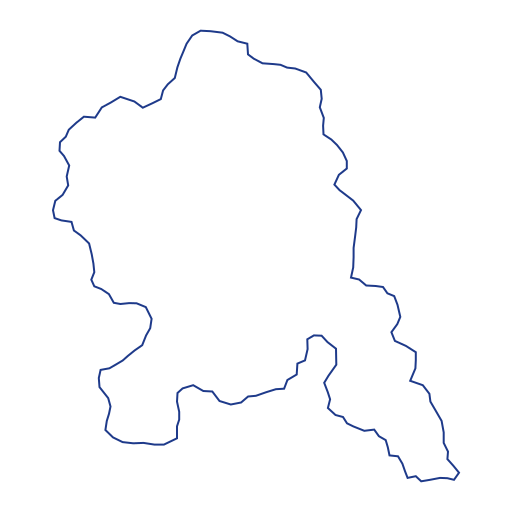 the district of Venda Nova do Imigrante, Espírito Santo, Brazil
{"feature_id": "56859067B87905446855481", "entity_name": "Venda Nova do Imigrante", "entity_type": "district", "adm_level": 2, "iso_a3": "BRA", "parent_name": "Brazil", "parent_adm1": "Espírito Santo", "projection": "albers", "projection_center": [-41.134, -20.372], "detail": "fine", "context": "isolated", "style": "outline", "palette": "blue", "viewbox_px": 512, "rotation_deg": 0, "n_neighbors": 0, "source": "geoboundaries", "source_scale": "gbopen_adm2", "svg_char_len": 2364}
<svg xmlns="http://www.w3.org/2000/svg" viewBox="0 0 512 512"><path d="M192.2,35.5L186.6,43.7L183.3,51.7L180.4,58.6L177.4,67.3L174.8,78.0L167.8,84.3L163.1,90.4L160.8,99.1L152.7,103.1L142.8,107.7L134.4,101.5L120.3,96.8L110.7,102.6L101.8,107.4L95.2,117.6L83.9,116.7L76.4,122.7L68.8,129.7L65.8,136.7L60.0,142.2L59.5,150.8L64.0,156.0L69.2,165.5L66.7,176.5L68.2,185.4L62.6,194.9L55.3,200.8L53.0,210.2L54.6,218.1L61.4,220.4L71.5,221.9L73.9,230.5L80.7,235.4L89.1,243.5L91.7,254.2L93.4,263.5L94.3,272.2L91.3,279.7L94.3,286.3L101.2,289.0L108.9,294.1L113.8,302.8L120.4,304.0L129.3,303.1L136.6,303.3L145.8,307.1L151.6,318.8L150.2,328.2L146.1,335.4L142.2,345.2L134.7,350.4L127.9,355.9L122.7,360.5L116.8,364.0L109.4,368.3L100.6,369.9L98.8,378.0L99.5,387.1L108.2,398.1L110.5,406.5L109.0,413.8L106.8,420.9L105.4,430.0L113.0,437.4L122.6,442.1L133.3,443.3L143.5,442.9L154.5,444.6L163.9,444.6L177.0,438.3L177.0,426.3L179.2,419.6L179.2,411.8L177.0,401.6L177.5,393.0L182.6,388.4L193.2,385.2L203.3,391.0L212.3,391.5L219.5,401.0L230.8,404.5L241.1,402.5L248.1,396.5L255.9,395.8L266.2,392.2L275.9,389.2L284.1,388.7L287.4,380.0L296.7,374.5L297.4,363.6L305.0,360.4L307.6,349.1L307.3,339.3L313.9,335.4L321.6,335.7L327.5,342.1L336.0,348.7L336.3,364.7L328.5,375.7L324.2,382.8L327.8,392.2L330.1,399.3L327.9,408.0L335.5,415.0L343.0,417.0L347.0,423.3L353.3,426.4L364.3,430.8L374.2,429.6L378.9,436.2L385.7,440.1L387.8,447.2L389.5,455.4L398.0,456.3L402.4,463.7L405.0,471.2L407.6,477.9L415.8,476.2L421.2,481.3L430.1,479.8L440.0,477.9L447.4,478.2L454.0,479.8L459.0,472.7L453.3,465.7L447.4,459.1L448.0,451.6L443.7,442.9L443.7,432.4L441.6,420.9L435.3,410.0L430.4,401.6L429.4,393.8L422.8,385.2L410.2,380.8L415.4,368.4L415.8,360.2L415.8,352.2L405.9,345.9L394.9,340.9L391.4,332.2L397.3,324.1L400.3,316.9L397.5,304.8L394.2,296.1L387.4,293.3L383.0,287.0L375.7,286.0L366.2,285.5L359.1,279.5L351.0,277.6L353.2,267.5L353.6,257.2L353.6,247.9L355.1,236.4L356.2,227.4L356.6,219.1L361.0,210.1L353.2,200.6L346.3,195.3L339.6,190.2L334.4,184.6L338.9,174.8L346.8,168.5L346.8,161.0L342.9,152.5L337.0,145.0L331.3,139.5L323.5,134.4L323.1,125.7L323.8,117.9L319.8,107.3L321.7,98.8L320.8,89.8L313.9,81.8L306.2,72.5L295.2,68.5L287.1,67.6L280.5,64.8L273.8,64.1L262.5,63.3L253.8,58.7L248.0,54.4L247.3,43.7L237.6,41.3L230.0,36.4L222.6,32.7L210.5,31.2L200.6,30.7L192.2,35.5Z" fill="none" stroke="#1e3a8a" stroke-width="2"/></svg>